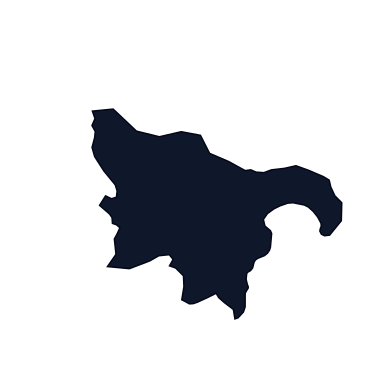 SVG path tracing the border of Azua, rotated 320°
{"feature_id": "DOM-1974", "entity_name": "Azua", "entity_type": "Province", "adm_level": 1, "iso_a3": "DOM", "parent_name": "Dominican Republic", "parent_adm1": "", "projection": "mercator", "projection_center": [-70.822, 18.624], "detail": "fine", "context": "isolated", "style": "filled", "palette": "ink", "viewbox_px": 384, "rotation_deg": 320, "n_neighbors": 0, "source": "natural_earth", "source_scale": "10m", "svg_char_len": 1433}
<svg xmlns="http://www.w3.org/2000/svg" viewBox="0 0 384 384"><g transform="rotate(320 192 192)"><path d="M269.7,313.5L265.4,310.7L264.0,307.5L264.8,304.1L266.8,302.5L269.0,301.3L270.7,299.0L272.2,292.0L272.4,284.8L271.5,278.4L269.7,274.2L262.5,265.2L258.2,262.1L250.6,259.2L244.1,257.6L236.0,257.0L229.0,258.9L226.0,264.9L227.2,272.1L226.3,275.0L216.6,284.7L213.9,286.4L210.4,287.4L206.6,287.3L199.8,285.1L196.8,284.8L194.2,285.8L189.7,289.1L186.6,289.8L182.5,289.2L181.0,290.1L177.8,293.2L176.9,294.5L174.8,298.7L174.4,300.2L173.5,301.6L169.2,303.1L167.5,303.9L158.8,314.2L154.2,317.0L146.4,318.0L143.3,316.8L148.2,308.6L145.7,297.5L144.6,290.1L145.4,285.1L135.9,282.8L125.3,279.9L121.2,278.3L118.1,276.0L116.6,272.0L114.9,268.0L125.0,259.3L131.6,250.7L130.6,239.7L127.3,234.1L134.2,231.5L134.3,225.4L125.6,219.5L115.3,217.6L94.8,210.5L79.3,194.8L93.7,190.9L102.3,178.1L107.6,176.0L113.8,173.1L113.1,168.6L110.9,164.9L114.3,160.2L114.7,155.8L112.6,142.8L123.3,139.4L126.0,145.4L130.8,147.4L135.3,143.1L137.8,137.2L138.0,119.4L140.2,102.3L144.1,93.6L152.2,87.9L156.8,83.5L158.1,76.8L164.9,73.4L167.7,66.0L184.9,77.8L188.6,109.7L202.5,128.7L222.5,138.9L234.9,154.0L230.3,173.7L239.7,192.3L246.5,209.8L251.3,212.8L253.8,217.9L259.5,223.4L267.1,226.1L278.0,233.3L288.5,238.7L295.3,250.4L302.5,264.7L304.7,271.1L301.5,277.4L299.0,286.7L299.8,296.5L287.9,310.0L269.7,313.5Z" fill="#0f172a" stroke="#020617" stroke-width="1.5"/></g></svg>